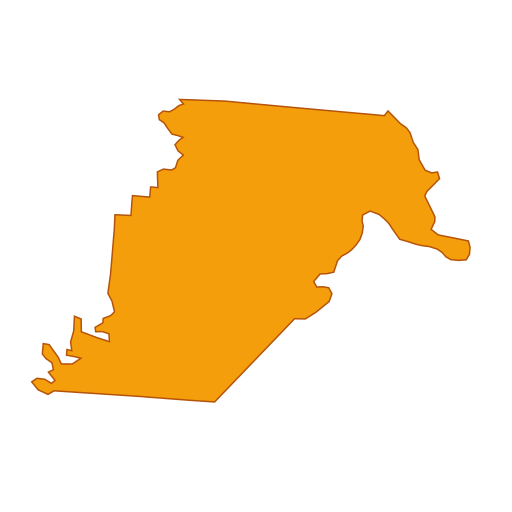 the district of Guarani das Missões, Rio Grande do Sul, Brazil, rotated 275°
{"feature_id": "56859067B89079758510007", "entity_name": "Guarani das Missões", "entity_type": "district", "adm_level": 2, "iso_a3": "BRA", "parent_name": "Brazil", "parent_adm1": "Rio Grande do Sul", "projection": "robinson", "projection_center": [-54.593, -28.176], "detail": "fine", "context": "isolated", "style": "filled", "palette": "amber", "viewbox_px": 512, "rotation_deg": 275, "n_neighbors": 0, "source": "geoboundaries", "source_scale": "gbopen_adm2", "svg_char_len": 1834}
<svg xmlns="http://www.w3.org/2000/svg" viewBox="0 0 512 512"><g transform="rotate(275 256 256)"><path d="M289.5,466.3L292.9,435.7L297.8,428.1L306.0,431.1L310.7,430.8L330.5,418.9L335.0,420.5L349.1,432.1L355.5,429.5L354.1,423.8L356.2,417.0L366.1,410.2L376.1,408.0L382.8,402.8L392.3,398.7L396.7,394.7L400.6,388.1L412.0,374.9L407.0,371.6L407.2,284.5L407.6,210.9L405.3,166.2L401.1,170.5L399.1,166.0L394.9,161.5L392.1,157.2L392.3,150.9L388.2,146.6L383.4,147.8L380.6,152.8L375.6,156.8L370.1,161.6L369.1,167.9L367.8,173.0L364.6,169.2L359.8,165.6L353.9,169.2L350.2,174.8L344.5,169.8L336.9,168.1L334.3,164.3L334.5,156.1L331.1,150.4L315.6,152.3L315.6,145.0L305.4,145.0L305.4,127.7L298.2,127.7L285.5,127.9L284.8,111.9L277.9,112.2L270.5,112.5L226.0,112.7L205.9,111.7L198.4,116.5L188.1,119.9L184.0,116.5L180.5,109.2L176.1,109.3L170.9,101.9L166.6,102.9L167.3,109.5L165.7,116.3L157.9,117.4L160.9,104.3L165.3,88.6L178.0,87.3L180.2,80.4L165.3,80.9L154.4,78.8L145.6,80.7L146.4,75.8L140.7,75.9L140.0,83.5L138.9,90.5L132.4,82.3L131.5,71.5L138.0,67.7L145.3,61.4L149.7,57.7L150.2,51.7L139.8,51.7L135.4,55.8L131.9,62.0L125.1,64.1L122.2,59.3L114.5,66.6L111.3,63.3L114.8,56.3L115.1,48.5L111.1,43.5L103.7,50.6L100.0,60.8L104.1,66.6L106.0,153.5L106.0,159.7L106.5,203.1L107.0,227.5L196.9,299.9L197.6,310.6L204.9,320.3L211.5,327.1L217.0,332.8L225.0,334.9L230.7,331.2L231.2,325.2L230.4,319.2L235.6,315.7L243.7,321.4L244.6,328.3L246.7,334.9L253.3,336.4L258.5,337.7L263.3,341.3L267.0,346.9L270.7,350.8L275.5,354.6L281.5,358.1L288.5,359.9L295.4,360.2L300.1,358.6L306.0,358.6L310.7,365.7L308.1,375.1L304.4,380.3L300.0,385.5L294.8,389.6L285.2,397.7L283.4,406.9L281.6,414.6L280.8,420.5L280.5,427.8L278.7,435.9L275.6,441.4L271.8,445.2L269.4,450.3L269.3,458.2L270.5,465.7L276.2,468.5L283.2,468.5L289.5,466.3Z" fill="#f59e0b" stroke="#b45309" stroke-width="1.5"/></g></svg>